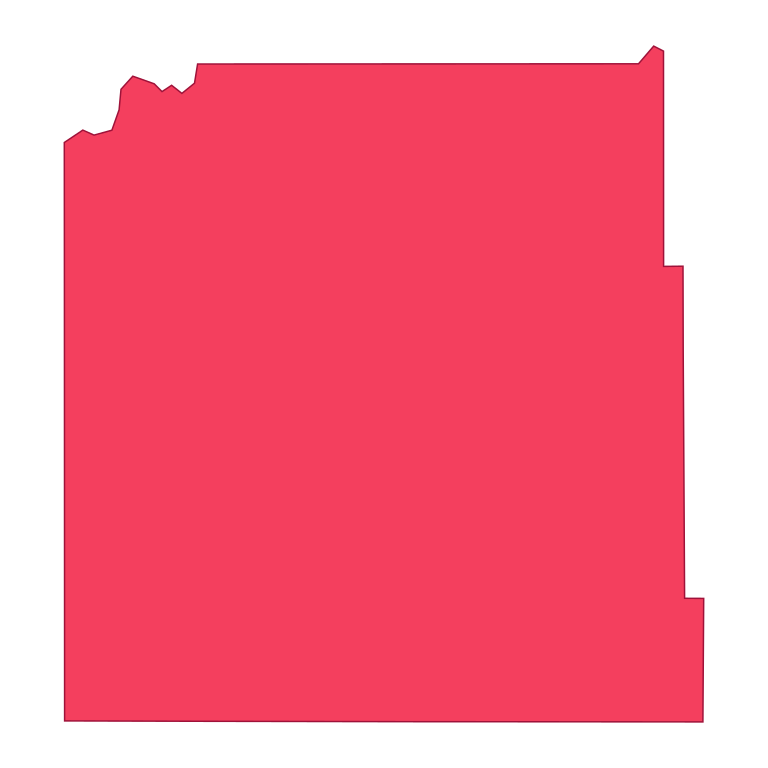 Oglala Lakota, South Dakota, United States of America (Mercator projection)
{"feature_id": "52423323B93521061144521", "entity_name": "Oglala Lakota", "entity_type": "district", "adm_level": 2, "iso_a3": "USA", "parent_name": "United States of America", "parent_adm1": "South Dakota", "projection": "mercator", "projection_center": [-102.605, 43.353], "detail": "fine", "context": "isolated", "style": "filled", "palette": "rose", "viewbox_px": 768, "rotation_deg": 0, "n_neighbors": 0, "source": "geoboundaries", "source_scale": "gbopen_adm2", "svg_char_len": 451}
<svg xmlns="http://www.w3.org/2000/svg" viewBox="0 0 768 768"><path d="M64.4,266.2L64.6,720.9L209.6,721.3L421.5,721.7L454.0,721.7L702.9,721.9L703.7,598.4L684.6,598.3L683.2,349.5L683.0,266.2L663.6,266.4L663.5,51.1L653.7,46.1L638.5,63.8L197.6,64.0L194.5,83.2L181.9,93.4L171.6,85.3L162.0,91.6L154.2,83.8L132.8,76.2L121.0,89.3L119.1,109.8L111.9,130.2L94.0,135.1L82.8,130.1L64.3,142.5L64.4,266.2Z" fill="#f43f5e" stroke="#9f1239" stroke-width="1.5"/></svg>